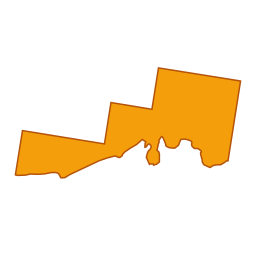 Alger, Michigan, United States of America (Mercator projection), rotated 189°
{"feature_id": "52423323B20180177095300", "entity_name": "Alger", "entity_type": "district", "adm_level": 2, "iso_a3": "USA", "parent_name": "United States of America", "parent_adm1": "Michigan", "projection": "mercator", "projection_center": [-86.632, 46.425], "detail": "fine", "context": "isolated", "style": "filled", "palette": "amber", "viewbox_px": 256, "rotation_deg": 189, "n_neighbors": 0, "source": "geoboundaries", "source_scale": "gbopen_adm2", "svg_char_len": 1247}
<svg xmlns="http://www.w3.org/2000/svg" viewBox="0 0 256 256"><g transform="rotate(189 128 128)"><path d="M24.1,111.2L24.2,192.0L107.3,192.1L107.3,150.2L148.8,150.5L148.8,108.6L231.8,108.9L231.9,64.1L229.7,63.9L222.0,65.4L217.1,67.3L210.2,68.1L203.3,69.6L197.1,71.9L192.8,72.7L190.8,72.6L189.5,72.1L186.5,68.3L182.6,69.1L178.2,72.9L151.3,91.2L144.6,94.8L136.9,98.2L135.7,98.4L133.1,97.5L131.5,97.6L129.4,99.7L129.1,101.4L127.3,104.0L122.3,108.7L116.9,113.1L112.1,118.9L108.3,117.2L108.7,115.2L108.3,111.7L107.8,111.7L106.8,112.6L106.4,113.9L105.3,115.5L103.8,115.3L102.1,113.5L102.3,112.0L103.0,109.9L104.1,108.9L104.5,107.9L105.0,105.7L105.3,101.9L101.1,95.4L100.5,95.9L98.1,96.4L97.3,96.3L96.9,95.3L94.0,96.8L91.7,99.4L92.9,107.2L93.9,109.3L95.9,110.5L95.5,116.9L95.1,118.9L95.5,120.9L93.6,124.8L92.7,124.6L91.5,123.3L88.1,117.7L88.1,116.8L87.3,116.0L84.9,115.1L81.9,115.1L78.7,115.4L76.1,118.1L75.2,119.5L74.8,122.2L74.0,125.0L70.4,125.9L68.3,125.9L64.2,125.2L62.7,124.1L62.7,121.9L61.9,120.0L59.4,118.2L55.5,118.6L52.2,116.8L51.8,115.7L52.4,115.1L52.3,113.8L49.6,107.7L49.3,106.0L47.3,103.6L42.0,102.1L40.6,101.9L38.5,103.9L35.8,105.2L30.6,106.3L27.1,109.2L25.6,111.0L24.1,111.2Z" fill="#f59e0b" stroke="#b45309" stroke-width="1.5"/></g></svg>